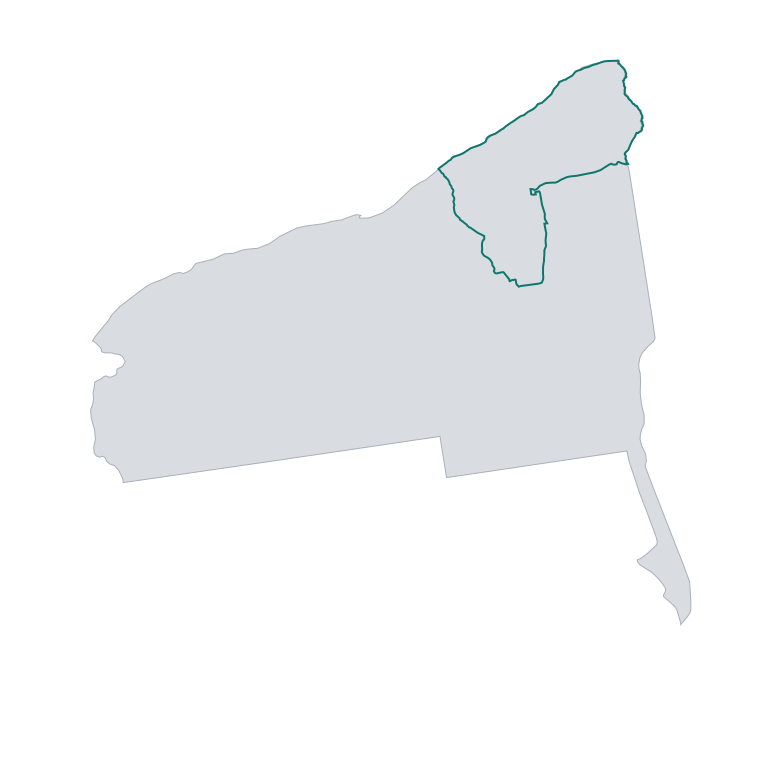 Kunene on a map of Namibia (Natural Earth projection), rotated 81°
{"feature_id": "NAM-3347", "entity_name": "Kunene", "entity_type": "Region", "adm_level": 1, "iso_a3": "NAM", "parent_name": "Namibia", "parent_adm1": "", "projection": "natural_earth1", "projection_center": [13.973, -19.069], "detail": "fine", "context": "in_parent", "style": "outline", "palette": "teal", "viewbox_px": 768, "rotation_deg": 81, "n_neighbors": 0, "source": "natural_earth", "source_scale": "10m", "svg_char_len": 7897}
<svg xmlns="http://www.w3.org/2000/svg" viewBox="0 0 768 768"><g transform="rotate(81 384 384)"><path d="M589.5,121.0L598.5,119.0L607.1,117.0L617.1,115.1L625.1,113.5L627.1,113.1L646.3,114.9L654.7,116.2L657.6,117.4L661.3,120.7L668.2,128.6L666.4,128.3L653.5,129.9L648.5,132.1L637.4,141.4L635.1,140.2L632.5,138.3L630.3,137.7L625.4,139.9L620.6,142.6L615.2,146.4L610.8,150.1L609.3,152.1L602.3,159.8L600.1,161.0L598.1,161.5L597.3,161.2L596.5,157.9L592.4,150.2L585.8,140.1L583.8,139.1L582.5,138.8L577.4,139.2L562.8,142.1L550.5,144.5L531.7,148.6L511.4,151.9L498.9,154.0L488.1,154.6L488.0,164.5L487.8,184.7L487.6,204.9L487.4,225.1L487.2,245.3L487.0,265.5L486.8,285.7L486.6,306.0L486.3,326.2L486.2,335.0L485.9,336.9L479.7,336.9L465.7,336.9L454.0,336.9L444.5,336.9L444.4,348.9L444.2,363.1L444.1,377.3L443.9,391.5L443.8,405.7L443.6,420.0L443.5,434.2L443.3,448.4L443.2,462.6L443.0,473.3L443.0,474.6L442.8,495.4L442.5,517.5L442.2,539.5L441.9,561.6L441.6,583.7L441.3,605.8L441.0,627.8L440.7,649.9L440.6,656.9L436.4,656.8L427.9,659.5L422.5,663.0L420.1,667.4L417.0,670.0L413.1,670.9L411.4,673.1L411.8,676.6L410.2,679.3L406.8,681.1L401.2,680.6L393.6,677.7L383.9,677.0L372.0,678.5L363.5,677.8L358.3,674.8L352.8,673.1L347.0,672.7L343.7,671.4L336.8,669.2L335.5,665.4L334.7,662.5L332.8,659.4L332.6,656.9L334.1,655.1L334.4,652.1L333.3,647.9L331.4,645.9L328.7,646.0L327.0,644.4L326.4,641.1L324.8,638.6L321.0,636.1L315.9,638.0L313.5,640.9L312.1,645.4L310.8,647.7L310.1,651.4L309.8,654.1L308.5,657.0L307.2,658.1L305.8,657.6L303.2,658.7L297.5,663.0L295.8,665.2L291.3,661.2L277.9,646.0L273.2,642.1L266.1,632.8L250.7,604.1L248.5,598.5L245.6,584.6L242.2,574.3L241.9,568.4L243.5,565.0L242.5,560.5L240.8,556.4L235.5,551.0L234.0,533.2L230.5,521.6L231.3,512.1L229.6,503.4L229.5,497.9L230.2,487.3L227.4,475.1L221.6,463.2L216.4,446.0L215.7,438.5L216.2,418.3L215.2,410.1L215.3,400.4L213.2,390.3L212.4,384.9L213.9,380.5L214.7,381.9L216.2,382.5L217.2,376.8L217.5,371.7L214.9,359.1L209.0,346.3L194.5,325.4L191.0,317.4L188.9,310.8L172.7,283.2L165.8,263.7L160.9,246.9L155.6,239.2L131.1,184.6L125.6,175.9L115.8,165.5L113.5,162.1L109.7,152.2L102.3,138.9L100.5,126.5L100.0,112.4L100.8,101.6L107.5,100.5L112.2,97.6L116.4,97.4L120.6,99.7L125.0,99.9L126.7,99.5L134.7,99.8L139.2,97.2L144.6,94.7L147.7,92.4L152.1,90.1L157.9,87.7L161.2,87.9L165.2,88.8L170.6,89.7L173.6,91.3L177.2,96.3L182.8,100.8L186.9,103.6L191.6,107.1L193.0,108.5L195.1,109.3L196.4,109.5L205.1,109.0L213.1,108.5L221.6,108.5L237.7,108.5L253.7,108.6L269.8,108.6L285.9,108.6L301.9,108.6L318.0,108.7L334.1,108.7L350.2,108.7L356.7,108.7L368.2,108.9L380.3,109.1L381.6,109.3L383.0,110.3L384.1,111.2L388.3,117.5L393.7,124.1L398.2,127.2L403.6,129.1L408.7,129.8L413.4,129.3L421.3,130.1L432.3,132.3L443.7,132.9L455.6,132.0L463.9,133.2L468.7,136.4L473.6,138.6L478.7,139.8L485.5,139.1L494.1,136.6L501.4,136.9L504.8,138.7L506.8,138.8L519.5,136.2L529.7,134.1L545.0,130.7L557.6,128.0L576.3,123.9L589.5,121.0Z" fill="#d9dde1" stroke="#a8b0b8" stroke-width="1"/><path d="M160.6,86.9L161.4,87.5L161.9,87.2L162.3,87.5L162.5,88.0L163.0,88.2L163.9,88.4L164.4,88.4L164.9,88.2L164.9,88.6L165.9,88.0L166.6,87.8L166.9,88.0L167.1,88.1L168.2,87.8L168.9,87.5L169.7,87.8L171.2,89.0L171.9,89.3L172.9,89.4L173.8,89.8L174.4,90.5L175.0,92.4L175.6,93.1L175.9,93.9L175.5,95.3L179.1,97.6L182.8,101.0L186.8,103.6L190.8,106.0L191.3,106.6L193.2,109.5L193.9,110.0L194.8,110.3L195.4,110.1L196.0,109.7L196.4,109.5L196.9,109.6L197.6,109.9L198.6,110.0L199.2,110.3L199.7,110.3L200.2,110.1L200.9,109.7L201.1,109.5L203.0,109.9L203.9,109.7L204.3,108.7L204.8,108.5L204.8,109.6L204.7,110.0L205.0,110.4L204.7,111.2L203.9,112.9L203.6,113.9L202.2,116.2L201.4,117.3L201.5,118.6L203.3,119.8L203.5,120.9L203.3,122.2L203.2,123.2L202.8,124.0L202.0,125.0L202.5,127.3L206.6,136.7L207.8,142.7L208.5,161.2L208.1,168.1L208.4,171.5L210.0,177.5L211.2,180.2L211.9,183.0L211.2,188.0L210.9,193.1L212.6,198.9L213.5,200.2L214.6,201.3L215.6,203.0L215.8,205.2L215.3,206.0L214.8,206.7L214.4,208.8L219.7,208.9L220.4,207.1L220.5,204.4L218.2,204.6L218.0,202.4L218.1,200.5L220.1,200.0L231.6,199.9L241.2,198.5L243.8,199.1L246.3,199.3L250.8,197.7L250.7,200.5L258.5,200.3L260.0,200.1L261.7,200.4L267.0,201.9L270.5,202.3L272.1,202.2L273.5,202.6L276.8,204.6L281.9,205.5L284.8,206.3L287.2,206.6L292.8,208.5L300.6,209.8L303.1,209.9L305.8,210.6L308.3,212.1L308.7,212.6L308.8,213.4L309.1,215.6L308.6,233.7L309.0,235.6L306.6,237.3L305.5,237.6L301.8,237.7L301.5,237.8L301.4,237.9L301.4,240.7L301.4,241.2L302.1,243.4L302.1,243.8L301.8,243.9L301.4,244.0L300.2,243.9L292.7,248.2L292.3,248.6L292.1,249.0L292.2,253.0L292.4,254.7L292.4,255.3L292.3,255.9L292.1,256.5L291.6,257.0L291.0,257.3L290.4,257.7L289.8,257.8L289.2,257.7L288.4,257.1L287.8,256.9L287.2,256.9L286.7,257.0L286.3,257.1L284.2,258.2L283.8,258.3L281.2,258.3L280.8,258.4L277.9,259.7L276.5,260.8L275.9,261.3L273.2,264.8L272.6,265.3L270.0,266.5L269.4,266.7L268.8,266.7L265.4,265.8L262.5,265.6L260.6,265.2L258.9,264.5L258.0,264.1L257.4,263.5L257.1,262.9L256.8,262.6L256.5,262.3L253.5,261.9L253.1,262.4L252.8,263.0L251.8,264.2L249.4,267.7L249.1,268.0L243.3,274.1L242.8,274.7L242.6,275.4L242.4,275.6L240.4,277.0L239.5,277.5L237.3,279.5L236.9,280.0L236.6,280.3L235.9,280.6L235.7,280.8L235.4,281.5L235.2,281.7L234.9,281.9L234.7,282.0L234.3,282.3L234.1,282.6L233.9,283.0L233.7,283.2L233.5,283.3L233.0,283.4L232.2,283.4L232.0,283.5L231.8,283.6L230.8,284.5L229.9,285.1L229.5,285.4L229.1,285.9L228.8,286.2L228.6,286.3L228.2,286.4L227.5,286.6L226.4,287.2L226.1,287.3L225.2,287.3L224.8,287.4L224.2,287.5L223.9,287.5L222.6,287.4L220.3,287.4L220.0,287.3L218.4,286.6L218.2,286.5L217.9,286.5L217.5,286.6L216.9,286.7L215.8,286.7L214.8,286.9L214.5,286.9L214.3,286.8L213.4,286.0L213.2,285.9L212.9,285.8L211.2,285.6L210.1,285.9L207.9,286.7L207.7,286.7L207.4,286.7L207.2,286.7L206.9,286.6L204.3,285.3L204.0,285.3L203.6,285.3L202.9,285.4L202.4,285.6L202.1,285.8L201.6,286.1L201.3,286.3L201.0,286.4L199.9,286.5L198.9,286.7L198.4,287.0L197.2,287.6L196.9,287.8L196.7,287.8L194.8,287.9L191.7,289.1L190.8,289.8L190.2,290.5L189.9,290.7L189.2,290.7L189.0,290.8L188.9,291.1L188.8,291.4L188.6,291.8L188.3,291.9L187.9,292.0L187.4,292.1L186.0,292.5L185.6,292.6L185.5,292.8L185.0,293.6L184.6,294.0L184.2,294.2L182.8,294.7L180.1,296.6L179.1,295.2L175.3,287.7L173.6,285.1L173.1,283.3L172.5,282.6L171.3,281.6L170.5,279.9L170.1,278.2L169.6,274.1L168.5,269.7L164.8,261.8L163.9,257.5L163.6,255.3L162.8,251.3L161.3,247.2L160.3,245.4L158.6,244.8L156.8,243.4L155.4,240.7L154.1,234.6L150.8,227.6L150.4,226.2L148.6,223.5L145.5,217.2L145.2,216.1L144.7,215.3L143.7,212.9L143.3,212.3L141.4,208.6L140.9,207.0L140.6,206.1L140.4,203.8L139.9,202.7L138.6,200.8L137.7,199.0L135.7,193.3L134.8,191.8L133.5,190.1L132.0,188.8L131.6,188.2L131.1,184.6L130.7,183.5L123.9,173.3L119.1,169.9L117.1,167.2L116.8,167.0L116.1,165.8L115.7,165.5L115.3,165.2L113.1,163.8L112.5,161.2L112.3,160.3L111.8,158.7L111.7,158.2L111.7,157.7L111.7,157.2L111.8,156.7L110.8,155.1L109.1,150.3L108.9,149.9L105.4,145.9L104.8,143.6L104.5,140.7L103.7,138.4L103.2,136.6L102.7,131.8L101.7,128.2L101.0,123.1L100.5,120.6L100.2,119.0L99.8,116.3L100.0,112.4L101.3,102.5L101.8,101.8L102.4,101.9L103.1,102.3L103.6,102.5L104.2,102.4L104.4,102.2L104.5,101.8L104.7,101.4L105.5,100.8L107.2,99.9L109.2,98.2L110.9,97.3L112.8,96.7L114.8,96.4L115.1,96.3L115.3,96.2L115.6,96.2L116.1,96.5L117.5,97.0L118.0,96.9L118.2,96.7L118.4,96.5L118.8,96.7L119.1,97.0L119.2,97.3L119.2,97.7L119.4,98.1L119.6,98.3L120.0,98.7L120.5,99.0L121.0,99.1L121.4,99.3L121.6,99.8L121.7,100.2L121.8,100.4L124.8,100.1L127.6,100.2L128.2,99.9L128.7,99.4L129.2,99.4L130.2,100.0L131.0,100.3L133.4,100.6L134.9,101.0L135.5,100.9L136.5,100.3L138.4,98.5L139.4,98.1L140.4,97.9L141.2,97.4L142.7,96.0L144.6,95.0L146.0,94.5L146.3,94.1L146.6,93.3L147.0,93.0L147.3,92.8L148.1,92.5L148.4,92.3L148.6,91.8L148.7,91.3L148.9,90.8L149.9,90.5L150.7,90.0L152.0,89.7L154.2,88.2L158.7,87.3L159.7,86.9L160.6,86.9Z" fill="none" stroke="#0f766e" stroke-width="2"/></g></svg>